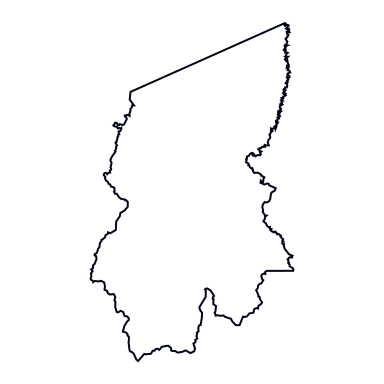 Sandia, Puno, Peru
{"feature_id": "86281439B32032082656225", "entity_name": "Sandia", "entity_type": "district", "adm_level": 2, "iso_a3": "PER", "parent_name": "Peru", "parent_adm1": "Puno", "projection": "albers", "projection_center": [-69.323, -13.833], "detail": "fine", "context": "isolated", "style": "outline", "palette": "ink", "viewbox_px": 384, "rotation_deg": 0, "n_neighbors": 0, "source": "geoboundaries", "source_scale": "gbopen_adm2", "svg_char_len": 6004}
<svg xmlns="http://www.w3.org/2000/svg" viewBox="0 0 384 384"><path d="M122.8,331.6L126.2,332.6L127.6,334.3L127.5,335.5L128.7,336.6L129.0,338.1L128.6,342.4L129.5,350.1L130.2,351.5L131.7,351.9L133.7,353.6L136.3,359.5L138.1,361.0L144.3,353.9L145.7,354.3L150.8,353.8L152.8,350.7L154.6,350.7L155.6,349.1L157.6,348.7L159.2,349.9L161.9,346.8L167.1,345.8L168.2,345.8L170.9,347.8L171.3,350.5L172.0,351.0L175.0,350.9L177.7,352.6L182.1,351.9L185.6,350.4L190.5,353.1L194.3,351.2L195.0,348.6L193.4,343.5L195.2,342.4L195.6,341.6L195.2,340.1L197.3,338.5L196.5,336.3L197.2,333.2L196.9,332.5L198.5,331.5L198.3,327.6L199.2,325.3L200.6,325.0L201.8,318.1L202.1,312.6L200.5,310.9L199.3,307.4L205.7,296.8L205.8,290.5L205.0,289.5L206.0,288.6L207.4,288.5L210.6,290.5L214.1,295.9L212.9,297.2L212.7,298.8L213.5,299.1L213.3,304.1L216.0,306.0L215.5,311.0L214.6,312.9L215.2,313.4L215.6,315.6L217.9,315.2L220.7,315.9L223.3,315.4L225.2,316.9L231.0,318.8L232.2,321.3L235.8,325.1L239.6,325.1L243.0,316.6L244.7,317.0L247.1,316.3L249.2,313.5L253.5,312.6L254.3,309.0L256.5,308.1L258.1,308.5L258.4,305.8L260.8,304.3L262.1,302.4L260.2,299.6L259.5,296.8L258.4,296.6L258.2,294.6L256.2,290.2L257.8,288.0L258.2,285.3L259.8,283.8L261.2,283.5L263.3,280.2L262.3,279.4L261.5,277.1L261.4,275.5L262.2,274.4L263.9,273.5L265.3,274.0L265.2,272.0L266.6,270.9L293.2,270.8L293.4,269.4L292.6,268.0L289.6,266.3L289.7,264.8L288.4,263.4L289.0,262.6L288.2,261.9L288.4,260.0L287.6,259.3L289.6,257.3L292.1,257.5L292.3,256.7L291.7,256.0L292.2,255.6L289.0,254.3L284.7,248.7L283.9,246.4L283.9,243.8L283.1,244.2L282.2,243.2L282.5,241.4L283.2,241.2L282.4,240.2L283.1,239.3L280.4,236.6L280.9,235.6L278.5,234.0L277.2,234.3L277.1,233.4L275.5,232.4L275.5,231.7L273.4,232.3L273.1,231.6L271.8,231.4L270.6,230.3L271.4,229.1L269.9,228.8L269.9,227.0L268.4,227.1L266.7,225.3L266.0,223.4L263.4,221.3L264.7,219.2L265.0,217.0L266.5,215.6L265.1,215.5L262.7,211.8L263.2,209.9L262.3,207.7L262.8,204.6L264.7,202.0L266.3,202.6L269.0,201.3L270.2,199.1L271.0,193.4L272.5,191.8L274.5,191.0L275.7,188.2L269.1,185.3L268.7,183.9L267.5,183.4L264.4,184.5L260.5,182.7L260.8,180.8L261.8,182.0L263.2,181.8L263.4,179.0L264.4,177.3L261.2,175.6L261.4,175.0L260.6,174.2L257.8,172.7L254.2,172.9L252.7,170.8L253.1,170.1L252.3,168.2L251.6,168.6L249.8,167.0L249.4,165.8L248.3,165.3L248.8,164.5L248.5,163.6L246.0,162.2L246.5,160.7L246.1,159.4L246.7,159.4L247.0,158.3L246.8,156.6L248.9,155.8L250.1,153.7L252.3,152.8L252.9,153.2L252.1,153.8L252.8,155.5L253.5,155.7L254.4,154.8L255.3,156.3L257.5,155.1L260.2,155.2L260.8,154.5L260.0,152.6L261.3,151.6L259.7,151.1L258.4,149.4L259.5,149.3L259.5,148.2L261.0,148.2L262.0,146.9L264.8,146.8L264.3,145.4L264.9,144.8L266.0,145.5L268.8,145.4L267.7,142.4L268.7,139.6L270.1,138.1L270.2,136.1L269.4,134.6L270.5,133.5L270.8,131.9L272.2,131.2L270.9,130.0L271.1,128.7L272.2,130.1L272.9,128.5L274.8,127.7L275.4,129.3L276.3,126.7L274.9,126.2L276.7,125.1L276.4,124.0L277.4,123.4L276.5,122.5L277.8,121.9L277.0,121.2L276.1,121.8L275.9,120.9L278.1,119.1L277.6,117.9L278.9,118.1L278.1,115.3L279.0,115.6L279.3,116.7L280.0,116.3L279.0,113.9L278.1,113.6L278.1,111.3L278.6,111.0L278.5,112.2L279.5,113.3L280.0,112.6L279.1,110.9L280.2,110.2L280.8,111.3L281.3,111.0L280.5,110.0L281.0,108.7L280.1,108.3L279.7,106.5L280.5,105.3L281.4,105.4L282.2,104.7L280.3,104.1L280.6,103.4L281.9,103.6L282.3,102.4L282.2,100.6L281.5,101.0L280.9,100.3L281.5,99.7L282.6,100.0L281.6,98.0L283.4,98.0L283.2,96.6L285.5,95.5L284.2,94.4L285.5,94.4L285.8,93.7L283.4,92.4L285.6,90.2L284.8,89.6L283.6,89.9L283.5,89.4L284.9,88.5L285.3,87.2L286.7,87.5L287.3,85.9L287.0,84.0L285.6,83.4L286.0,82.5L287.2,82.9L287.8,82.2L287.1,80.7L288.3,79.8L286.9,77.5L287.5,77.3L288.6,78.1L289.4,77.2L287.4,76.7L287.4,76.1L288.7,75.5L287.3,74.4L288.0,73.3L290.2,72.5L289.2,70.5L287.7,70.2L288.5,67.5L286.7,68.1L287.0,65.5L287.5,65.4L288.3,66.5L288.8,65.2L287.2,61.5L286.1,61.1L284.9,59.2L285.4,58.8L287.1,59.6L286.6,58.3L287.9,56.9L286.4,57.1L285.1,56.5L286.1,55.8L286.5,53.7L287.7,52.9L286.4,52.3L285.3,52.6L285.8,49.6L284.9,49.7L284.5,50.9L283.7,50.0L286.1,46.6L284.7,46.3L284.7,45.3L285.6,44.8L286.4,45.7L287.5,45.3L286.0,44.9L287.4,41.7L285.5,38.9L287.2,37.3L287.0,36.5L287.9,36.2L288.5,34.4L287.1,33.9L286.7,31.9L289.3,32.0L288.4,30.8L289.3,30.0L289.0,28.9L287.1,29.4L286.0,28.5L287.3,27.8L288.7,25.5L287.8,24.9L285.1,26.0L284.4,24.9L286.0,24.1L285.0,23.0L130.5,91.9L129.7,99.6L134.0,105.4L132.2,105.4L131.9,107.2L130.3,109.2L130.6,110.3L129.3,114.3L129.6,115.8L127.5,114.9L124.8,115.5L124.8,116.4L126.2,117.2L126.8,119.1L124.1,124.3L122.7,125.1L119.8,124.1L119.2,125.0L118.0,125.3L117.0,123.2L115.9,122.6L114.9,123.0L114.2,124.7L113.3,125.3L113.8,126.1L116.9,126.9L117.8,128.4L119.5,128.0L120.6,128.6L121.3,128.0L121.4,128.6L120.3,131.1L118.8,131.2L118.5,131.8L119.3,134.2L118.2,134.7L118.1,136.7L117.4,137.1L117.1,140.1L116.3,141.2L116.6,142.0L115.5,142.9L117.0,145.4L116.0,146.7L116.3,148.1L115.0,151.1L115.5,151.6L112.0,156.5L110.3,160.1L111.6,163.0L110.5,167.4L111.2,168.7L110.9,169.8L110.1,170.2L110.1,172.7L108.5,172.7L107.1,174.2L106.1,172.9L105.1,172.9L104.1,173.7L103.7,175.1L105.3,176.9L105.1,178.4L105.7,180.1L108.1,182.2L108.5,183.7L110.2,184.5L111.0,186.5L114.3,187.7L114.6,190.9L113.9,191.7L115.1,193.7L116.8,193.8L119.1,197.3L121.2,198.9L125.2,199.6L125.4,200.4L126.4,200.4L127.8,202.1L127.7,206.8L124.7,210.4L120.4,213.0L119.8,216.3L116.2,221.4L115.8,230.0L110.4,233.2L108.0,232.4L108.0,233.6L105.4,235.4L105.1,237.1L102.6,239.5L101.5,239.7L101.5,240.9L99.9,243.1L99.4,247.2L98.1,248.9L96.9,252.8L94.6,254.3L94.7,255.5L96.1,256.1L96.5,259.1L94.6,263.9L93.1,265.3L93.0,268.2L91.1,269.4L92.6,271.2L91.0,273.4L91.4,276.8L90.6,278.2L90.9,279.6L93.1,281.1L93.2,282.1L94.8,281.0L98.9,281.4L101.0,280.8L104.1,282.4L105.0,286.3L104.5,289.7L107.2,290.9L107.7,293.0L109.6,294.5L113.8,294.1L115.3,297.1L114.4,300.5L115.4,301.6L115.2,306.9L116.6,311.9L118.1,312.4L120.6,310.8L123.1,311.9L124.6,316.0L127.1,316.4L128.8,318.2L128.8,319.9L126.8,322.0L124.4,326.0L122.8,331.6Z" fill="none" stroke="#020617" stroke-width="2"/></svg>